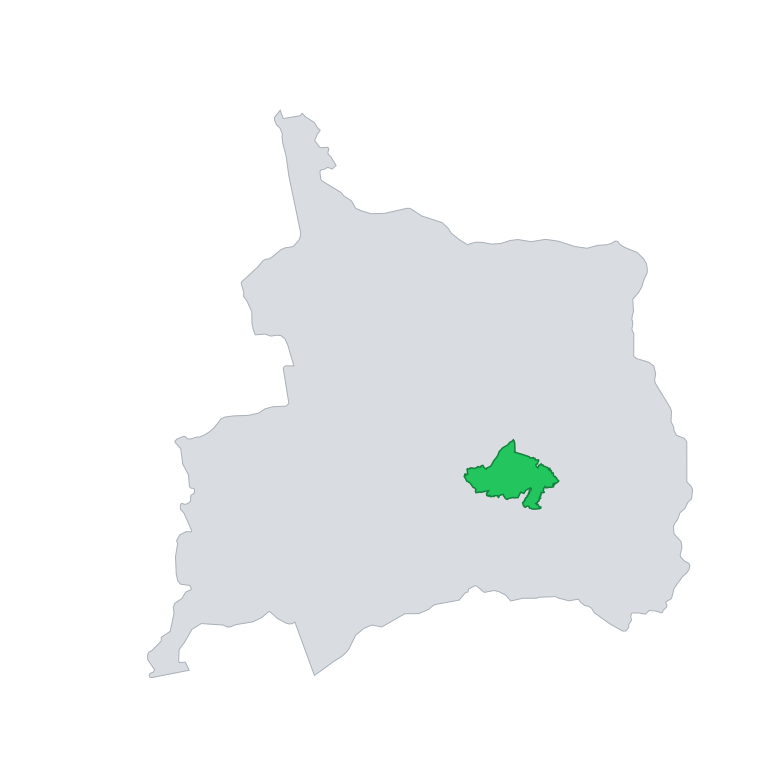 location of Ubundu, Orientale, Democratic Republic of the Congo, rotated 79°
{"feature_id": "63176286B77989779607321", "entity_name": "Ubundu", "entity_type": "district", "adm_level": 2, "iso_a3": "COD", "parent_name": "Democratic Republic of the Congo", "parent_adm1": "Orientale", "projection": "mercator", "projection_center": [25.863, -0.595], "detail": "fine", "context": "in_parent", "style": "filled", "palette": "green", "viewbox_px": 768, "rotation_deg": 79, "n_neighbors": 0, "source": "geoboundaries", "source_scale": "gbopen_adm2", "svg_char_len": 9517}
<svg xmlns="http://www.w3.org/2000/svg" viewBox="0 0 768 768"><g transform="rotate(79 384 384)"><path d="M656.8,507.9L600.7,516.9L601.8,520.1L601.3,523.4L599.8,526.1L594.1,533.1L585.6,539.5L585.6,541.1L589.8,548.3L592.5,558.1L591.9,575.6L593.0,580.3L592.8,583.9L589.9,588.0L584.3,609.0L588.1,619.2L599.2,628.8L605.7,635.8L616.7,638.4L618.5,638.0L619.1,632.1L627.8,629.9L627.9,667.6L627.2,669.7L625.6,670.2L623.5,668.9L622.8,665.3L620.5,663.8L609.9,668.4L607.1,668.3L604.2,667.5L602.0,665.6L601.4,662.7L593.8,651.7L590.1,651.0L586.0,641.1L569.1,633.9L562.7,633.3L559.3,631.1L556.0,623.3L550.4,618.3L549.1,612.8L548.0,612.0L544.6,613.2L541.7,621.9L537.9,624.0L531.0,624.2L513.7,621.6L501.4,617.1L498.1,617.4L493.2,613.4L491.2,606.6L492.3,601.4L491.4,600.7L472.6,605.0L468.0,607.7L463.8,607.0L462.5,605.6L464.3,602.0L463.4,598.1L462.0,596.3L456.5,594.9L454.7,590.8L451.3,590.2L450.2,590.8L449.3,593.6L447.3,594.6L436.1,593.2L424.4,596.8L408.7,595.9L401.3,600.3L400.2,600.1L398.6,597.9L397.1,590.8L397.9,588.9L400.3,587.5L401.1,584.6L400.3,577.3L400.9,575.5L400.1,571.3L397.7,564.6L394.5,559.1L387.4,550.9L386.1,547.0L386.6,537.8L388.9,523.2L388.6,512.4L385.7,505.4L385.1,497.9L387.0,484.3L385.1,481.1L349.6,479.9L348.1,478.9L347.4,477.0L349.1,469.0L327.4,471.0L320.9,472.6L316.9,475.9L315.6,480.0L315.4,485.9L312.2,491.5L311.2,501.0L305.2,502.0L299.2,502.0L287.7,500.0L276.4,502.7L270.9,505.3L268.0,504.1L257.9,505.0L256.6,504.3L245.0,485.5L239.9,479.3L238.9,476.2L239.3,473.4L237.9,469.4L232.6,459.8L231.5,455.3L231.8,448.3L231.2,446.0L226.3,439.9L223.1,437.9L219.6,436.9L161.6,437.7L142.3,436.6L128.4,437.4L121.3,436.9L119.3,436.0L112.9,437.3L109.5,439.8L104.5,441.1L101.4,440.6L95.4,433.6L103.6,432.4L104.2,431.7L104.7,415.1L102.6,412.7L107.0,409.9L114.0,402.5L120.9,399.9L121.8,398.5L123.3,398.5L125.8,401.6L131.8,405.6L139.2,402.1L140.0,401.1L140.9,394.0L142.8,393.3L145.9,394.9L147.7,394.9L150.9,392.8L160.3,389.3L163.1,393.8L160.5,398.0L161.7,400.9L161.9,405.4L163.5,406.4L170.9,407.0L173.1,405.9L187.9,389.5L191.7,387.6L197.9,381.1L206.2,378.2L209.7,373.1L214.5,363.9L216.6,350.7L215.9,328.0L216.6,324.9L226.4,314.7L236.7,296.1L243.6,291.2L248.8,289.2L256.8,282.4L263.1,275.6L262.3,267.3L263.7,260.5L267.2,251.8L268.4,242.7L267.2,233.0L267.7,225.1L272.4,212.4L272.8,197.9L277.0,185.8L285.5,170.3L289.5,158.8L288.7,147.4L289.8,139.1L289.4,134.2L287.8,129.9L288.6,127.2L291.8,126.1L295.8,121.8L303.0,110.6L310.7,105.2L316.1,103.4L321.7,103.6L325.3,104.6L331.3,109.0L338.0,112.5L343.1,116.9L348.1,123.6L360.1,125.2L365.3,127.6L368.4,128.5L369.6,127.9L372.1,128.2L377.8,130.3L382.3,129.2L404.5,133.6L407.1,131.4L413.3,119.7L417.9,115.7L425.6,115.3L431.5,117.5L434.7,117.6L462.0,107.5L465.6,107.0L475.5,109.4L482.0,107.8L484.6,108.3L490.2,106.6L494.7,99.5L498.5,97.8L537.8,105.4L543.8,101.7L546.7,101.3L555.4,104.0L558.1,108.3L563.3,112.0L567.0,118.1L572.9,121.5L575.8,124.8L579.3,127.1L586.4,127.9L595.5,122.4L601.9,122.9L608.3,125.9L610.6,125.8L615.4,122.6L618.0,119.1L620.5,118.4L624.2,119.9L627.4,123.1L630.1,127.8L639.9,138.2L649.4,142.7L651.8,149.1L655.2,148.5L657.0,149.1L659.4,153.2L661.1,154.0L661.5,155.6L659.1,159.5L656.9,166.8L659.8,171.3L657.3,177.8L656.1,184.5L659.2,186.2L663.2,186.1L666.8,189.6L669.7,190.2L672.6,193.9L672.0,197.0L662.6,208.0L648.5,221.4L643.8,223.0L641.3,225.5L639.6,229.4L635.5,232.8L632.3,234.1L632.1,243.8L627.3,253.9L625.5,256.0L622.9,272.3L623.4,275.1L620.8,288.5L621.2,301.0L614.4,304.9L609.7,311.0L607.7,315.3L607.7,325.4L600.0,331.6L599.4,333.1L601.4,340.2L604.2,341.3L604.3,343.8L610.5,351.5L610.2,375.1L610.5,377.5L613.8,383.1L616.0,393.8L613.5,407.5L622.1,432.5L618.3,441.7L620.1,450.5L625.2,459.8L637.3,468.9L640.5,472.6L643.5,477.7L646.4,485.5L656.8,507.9Z" fill="#d9dde1" stroke="#a8b0b8" stroke-width="1"/><path d="M498.4,237.4L498.4,238.4L498.1,238.6L497.5,239.4L497.1,239.6L496.8,239.9L496.6,240.5L496.0,241.3L495.2,242.7L494.7,243.1L494.6,243.3L494.3,243.2L493.9,243.3L493.7,243.7L493.6,244.8L493.2,245.1L492.4,245.1L492.8,245.8L493.3,246.9L493.4,247.6L494.6,248.3L495.1,248.5L495.6,249.0L494.1,250.1L492.8,250.4L492.1,250.2L491.9,249.8L491.7,249.5L491.7,248.7L488.3,246.6L488.0,246.8L488.0,247.6L487.4,249.5L487.2,250.0L486.4,249.9L485.8,250.0L485.6,250.9L484.8,251.3L484.6,254.5L483.9,255.0L483.2,255.2L481.2,258.6L475.7,268.9L474.9,268.2L467.0,267.0L466.1,267.0L464.5,267.2L464.4,267.7L463.5,267.7L463.9,268.5L464.7,269.4L464.8,269.6L465.1,271.5L466.1,272.5L466.4,273.1L467.6,274.4L468.2,276.5L469.4,279.9L470.8,281.5L471.6,282.7L472.0,283.6L475.0,285.4L477.0,287.0L478.8,289.1L480.2,290.8L484.6,294.5L485.2,295.6L486.1,299.0L487.1,299.9L486.8,300.3L486.5,300.4L485.3,301.6L484.9,301.9L483.9,302.0L483.6,302.2L482.8,302.4L482.7,303.3L482.8,303.8L483.0,304.0L483.1,304.6L483.4,304.9L483.9,305.0L484.1,305.3L483.8,305.7L483.8,306.5L483.2,306.9L483.0,307.5L483.4,308.0L483.4,308.3L483.6,308.6L483.6,309.2L484.0,309.8L484.2,310.5L484.2,311.0L483.8,312.1L483.5,312.8L483.3,313.6L483.0,314.1L482.9,315.4L483.2,315.9L483.5,315.9L483.6,316.1L483.6,316.3L483.6,316.7L483.6,317.1L483.4,317.5L483.0,318.0L483.4,318.6L484.1,318.6L484.3,318.9L484.7,318.8L485.2,318.8L486.2,318.8L486.7,319.1L487.5,319.1L488.3,318.9L488.6,319.0L488.7,319.3L488.6,319.8L488.9,320.1L488.9,320.4L488.0,321.1L487.8,321.4L487.9,321.9L488.7,322.2L489.0,322.1L489.6,321.8L489.9,322.9L492.6,322.0L495.4,321.2L495.6,320.6L495.9,320.1L496.5,319.7L497.1,318.9L497.6,318.4L498.8,318.0L499.5,317.4L499.9,317.2L500.8,317.1L501.5,316.6L502.5,316.3L502.9,315.7L503.0,315.1L503.8,314.6L504.2,314.2L505.1,314.0L505.6,314.0L506.0,314.2L506.5,314.7L506.9,314.8L507.5,314.5L508.2,314.5L508.4,312.4L508.3,310.7L508.8,309.5L508.7,309.1L508.9,308.6L508.8,306.7L508.5,304.5L508.8,303.3L508.7,302.5L508.7,301.7L509.6,302.3L509.7,303.0L510.7,303.7L510.8,304.2L511.6,304.2L512.4,304.4L512.9,304.4L513.4,304.0L513.3,303.4L513.9,303.1L514.1,302.7L513.9,302.2L513.7,302.1L513.4,301.6L513.8,301.2L514.8,301.2L515.0,300.9L514.9,299.7L515.1,299.1L514.9,298.6L515.0,297.9L515.4,297.7L515.3,297.2L514.7,297.1L514.7,296.5L515.1,295.0L515.3,293.9L515.5,293.7L516.3,293.7L516.9,293.5L517.2,293.2L516.9,292.8L515.4,292.0L515.1,288.1L516.3,287.8L516.7,287.8L517.3,287.7L517.8,287.2L518.0,287.1L518.5,287.1L519.2,286.9L519.8,286.5L520.3,286.0L520.8,284.8L520.4,284.4L520.3,284.0L520.1,282.4L520.1,279.8L519.9,279.2L520.0,279.0L520.2,278.6L520.5,278.2L520.7,277.9L520.7,276.4L521.2,274.2L518.6,272.2L517.5,271.5L516.6,270.7L516.2,270.2L516.4,270.0L516.9,269.5L517.5,268.7L517.6,268.4L518.1,267.5L517.7,267.1L517.2,266.9L516.4,265.8L516.1,265.7L515.9,265.6L515.4,264.9L514.9,263.8L514.4,261.5L514.0,260.8L513.9,260.4L514.1,260.1L514.5,260.0L514.6,259.8L514.6,259.4L514.8,259.4L515.1,259.6L515.1,259.8L514.8,259.9L514.9,260.0L515.3,260.0L515.7,259.9L515.5,260.3L515.3,260.4L515.3,260.5L515.7,260.5L515.8,260.6L516.0,261.2L516.3,261.2L516.4,261.4L516.6,261.4L516.6,261.5L516.9,261.6L517.0,261.3L517.3,261.4L517.2,261.8L517.4,261.7L517.9,261.9L518.2,261.8L518.4,262.3L518.8,262.2L518.9,262.6L518.7,262.9L519.1,263.0L519.3,262.9L519.3,263.2L519.4,263.3L519.7,263.1L520.3,263.7L520.6,263.8L520.7,264.2L521.0,264.4L521.2,265.0L521.4,265.0L522.0,264.7L522.3,265.1L522.4,265.6L522.6,265.8L522.6,266.2L522.8,266.8L523.1,267.0L523.3,266.8L523.9,267.2L524.1,267.4L524.6,268.2L525.0,268.3L525.2,268.2L525.2,268.4L525.6,268.6L525.9,268.6L526.0,269.1L526.3,269.4L526.7,270.4L527.2,270.6L528.0,270.4L528.8,270.5L529.2,270.3L529.9,270.4L530.8,269.9L531.5,269.6L532.0,268.8L532.0,268.4L531.4,267.8L531.2,267.1L531.2,266.0L531.3,265.7L532.0,265.1L532.7,265.0L532.9,265.1L533.4,264.8L533.6,264.8L533.8,264.6L533.7,264.2L534.1,263.3L534.2,263.1L534.7,262.9L535.0,262.5L535.7,259.4L535.8,257.3L535.9,255.8L535.7,255.8L535.8,255.1L536.0,255.0L535.8,253.8L535.6,253.7L534.6,253.6L534.7,254.0L534.7,254.4L534.4,254.7L532.9,255.5L531.8,255.8L531.5,256.1L531.7,256.6L531.6,257.1L531.1,257.3L530.6,257.4L530.3,257.8L530.0,257.1L530.0,256.4L529.8,256.0L529.3,255.8L528.8,255.8L528.6,254.8L528.4,254.3L528.2,254.0L527.8,253.9L527.2,254.1L526.7,253.8L526.4,252.6L526.0,252.1L525.8,252.6L525.1,252.7L524.9,253.0L524.1,252.1L524.0,251.7L523.8,251.6L523.5,251.7L523.1,251.6L522.7,251.2L522.6,250.8L522.3,250.7L522.1,250.9L520.6,250.6L520.4,250.3L520.4,249.9L521.0,249.1L521.1,248.1L521.0,247.6L520.9,247.4L520.6,247.4L519.6,247.8L519.1,247.9L518.5,247.8L518.0,247.4L517.1,247.4L516.5,246.8L516.2,246.0L516.0,245.8L515.3,245.5L515.5,245.2L515.8,244.9L516.0,244.9L516.4,245.2L516.7,245.1L516.8,244.9L517.0,242.7L516.5,242.4L516.7,242.0L516.9,241.0L517.2,240.6L517.3,240.1L517.3,238.9L517.3,237.2L517.1,237.1L516.8,237.1L516.7,237.2L516.1,237.0L515.9,237.2L515.7,237.2L515.8,237.6L515.7,237.7L515.3,237.5L515.5,237.3L515.5,237.1L515.3,236.9L514.9,237.1L514.6,237.1L514.3,237.0L514.3,236.9L514.7,236.9L514.9,236.8L515.0,236.5L515.5,236.6L515.6,236.4L515.4,236.3L515.0,236.1L514.7,236.2L514.8,235.9L514.4,235.8L514.1,235.7L514.0,235.4L514.1,235.2L513.9,235.2L513.8,234.9L514.0,234.7L514.3,234.9L514.4,234.7L514.6,234.6L514.2,234.0L513.6,232.4L512.9,231.2L512.3,231.0L510.5,232.3L510.0,232.5L508.9,232.6L508.5,233.3L508.2,233.6L507.9,233.4L507.5,233.5L507.0,234.6L506.7,235.1L506.1,235.1L504.8,234.9L503.6,234.9L503.5,235.1L503.5,235.8L503.6,236.2L503.6,236.4L502.3,236.1L502.0,236.3L501.6,236.4L501.6,236.5L501.3,236.6L501.3,236.8L501.1,237.1L501.0,236.9L500.9,237.1L500.7,236.7L499.9,237.0L499.9,237.6L499.9,238.1L499.4,238.7L499.0,238.8L498.9,238.7L499.0,238.3L499.0,238.2L498.8,238.0L498.7,237.5L498.4,237.4Z" fill="#22c55e" stroke="#15803d" stroke-width="1.5"/></g></svg>